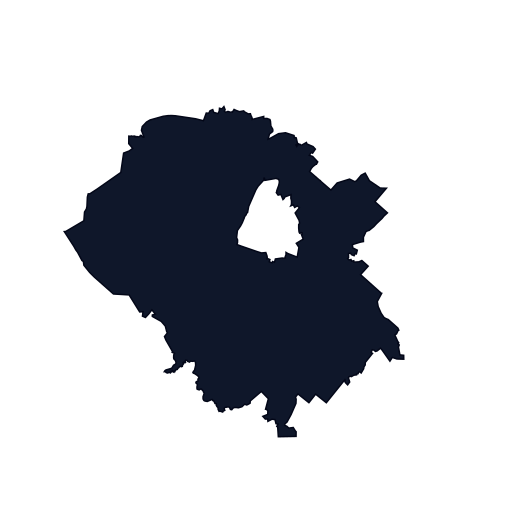 Kandavas pag., Kandavas, Latvia, rotated 321°
{"feature_id": "27541924B18979846350071", "entity_name": "Kandavas pag.", "entity_type": "district", "adm_level": 2, "iso_a3": "LVA", "parent_name": "Latvia", "parent_adm1": "Kandavas", "projection": "mercator", "projection_center": [22.728, 57.032], "detail": "fine", "context": "isolated", "style": "filled", "palette": "ink", "viewbox_px": 512, "rotation_deg": 321, "n_neighbors": 0, "source": "geoboundaries", "source_scale": "gbopen_adm2", "svg_char_len": 6125}
<svg xmlns="http://www.w3.org/2000/svg" viewBox="0 0 512 512"><g transform="rotate(321 256 256)"><path d="M259.3,83.6L255.2,83.0L249.1,83.8L246.1,86.2L243.8,93.1L243.6,93.1L243.1,92.8L243.0,92.1L242.7,91.9L242.8,91.6L242.6,91.1L242.8,90.3L242.6,90.0L242.1,89.5L241.0,90.0L239.6,89.6L239.2,88.8L238.1,88.3L237.9,87.4L237.3,87.5L236.7,86.9L236.9,86.2L235.3,85.2L234.7,84.3L233.6,83.8L232.6,82.8L227.8,88.6L227.9,94.7L223.7,94.6L217.9,92.7L203.5,106.0L174.7,104.0L166.0,103.1L164.7,102.1L162.0,104.1L155.8,111.1L153.8,112.7L150.4,113.9L144.4,120.3L123.6,117.2L122.4,116.4L120.5,134.0L119.8,137.9L119.7,140.7L117.9,150.0L118.4,151.6L116.4,154.9L116.4,164.2L117.1,170.7L121.3,195.8L132.9,206.4L130.4,226.3L133.1,228.2L129.9,231.3L131.4,234.2L136.3,233.5L141.2,232.3L141.2,237.8L138.3,236.6L137.4,237.7L141.2,247.2L141.4,253.4L139.0,258.6L138.8,260.0L134.2,261.0L133.1,264.6L131.0,277.6L130.2,278.1L131.5,280.4L129.8,281.1L127.9,283.3L127.4,284.3L127.6,286.5L126.7,288.7L125.5,289.4L123.2,289.0L120.2,290.1L118.8,289.8L114.4,287.9L113.1,287.8L112.0,288.2L112.8,288.8L112.8,289.9L113.4,291.1L115.6,292.1L115.9,293.0L116.8,292.8L117.2,292.2L117.4,292.3L117.4,292.8L117.7,293.0L118.9,292.3L119.1,293.2L118.8,293.9L119.0,294.5L119.8,293.9L120.0,294.0L119.8,294.5L120.0,294.8L122.1,293.8L122.7,294.4L123.6,294.6L124.4,294.1L125.6,294.2L127.2,293.8L127.9,294.3L128.2,295.0L129.3,295.4L130.3,294.5L132.1,294.1L132.0,293.4L132.1,293.0L133.0,292.9L134.1,294.4L134.4,294.3L134.8,293.1L135.7,292.7L136.6,293.5L136.7,294.0L136.6,294.9L137.6,296.6L139.0,296.5L140.6,298.1L142.2,298.8L142.2,299.8L141.9,300.8L140.3,303.0L136.3,306.1L134.7,306.3L133.6,306.9L133.6,307.6L134.4,309.0L135.4,312.5L135.3,314.0L135.0,315.0L133.4,315.1L132.3,316.7L130.5,316.1L129.6,316.6L129.4,317.2L129.7,318.6L129.5,319.1L127.7,320.6L126.5,322.2L126.5,322.6L127.6,324.3L129.6,324.6L129.9,325.5L129.8,326.4L130.1,327.4L129.6,328.4L129.6,329.2L129.2,330.2L126.3,332.0L124.9,333.8L124.6,335.5L125.0,336.5L126.6,338.4L131.6,339.8L131.8,340.4L131.5,340.9L131.6,341.7L132.1,342.0L131.3,344.8L132.2,345.8L131.2,347.0L130.9,348.5L131.1,350.0L130.1,351.2L129.5,353.5L130.3,353.8L131.7,356.0L132.1,355.8L132.2,356.2L133.0,355.9L134.6,356.3L135.2,354.6L136.0,354.1L136.6,354.2L139.4,355.7L139.8,356.3L140.2,357.0L139.6,358.8L139.7,359.4L140.4,360.2L142.3,359.8L143.4,359.9L145.2,361.2L146.8,362.9L150.2,364.3L153.9,364.0L155.0,365.9L155.9,366.2L158.7,366.7L160.3,365.1L160.8,365.0L174.9,364.6L175.8,374.7L167.0,381.1L167.7,381.9L167.7,383.9L165.4,386.5L160.4,384.9L160.6,388.6L162.5,390.0L161.2,392.0L165.7,392.9L167.8,395.1L166.0,398.9L167.3,400.5L164.9,401.5L165.2,402.6L159.6,410.5L173.6,421.4L176.6,417.8L176.5,416.7L177.0,412.7L173.2,410.4L172.8,407.6L171.8,405.9L172.7,404.6L175.5,404.6L183.5,401.3L191.4,397.2L194.3,395.7L197.1,392.5L197.9,390.5L201.8,389.6L204.8,403.3L215.4,400.9L218.3,414.3L247.4,408.0L247.4,408.5L247.0,408.5L246.1,409.6L245.8,410.5L246.1,413.8L249.5,412.9L251.2,408.7L252.3,408.4L254.1,409.2L254.3,409.8L257.0,410.2L259.3,411.6L259.7,411.0L261.1,411.7L262.5,411.0L263.8,411.2L264.1,413.1L268.7,411.4L270.1,410.1L272.3,409.4L273.9,407.5L285.3,405.0L284.7,403.4L287.4,402.0L288.5,403.5L288.7,405.3L290.4,406.0L294.8,406.0L294.8,408.7L293.9,422.0L298.1,420.6L300.7,424.7L305.9,429.2L308.3,426.1L305.6,423.4L309.4,416.4L311.3,415.3L311.3,414.4L310.9,413.5L311.0,413.3L312.3,413.2L312.4,411.6L314.2,404.7L314.5,404.5L316.1,405.0L319.6,403.3L320.3,403.5L320.9,401.3L318.8,388.6L317.6,386.4L316.8,384.4L317.2,379.3L319.1,372.2L321.6,367.7L330.2,364.1L329.9,363.7L325.5,336.3L336.8,334.5L335.4,326.1L332.3,325.3L328.3,322.4L329.0,321.2L327.1,320.2L327.6,318.5L325.9,317.7L325.5,316.4L325.6,315.6L326.8,315.6L329.5,312.2L331.4,313.4L331.0,314.9L332.4,317.5L334.7,316.5L335.3,317.5L338.4,315.2L336.3,310.6L338.1,307.8L345.8,310.9L348.6,312.4L351.3,309.0L356.9,306.2L359.0,306.8L359.9,307.3L366.0,307.3L370.0,306.7L377.6,306.1L380.5,305.5L385.3,305.2L382.6,288.7L400.0,285.4L395.3,281.4L391.5,268.9L393.0,260.3L388.6,259.4L381.3,260.8L379.5,260.3L377.1,255.1L365.0,250.3L355.7,251.9L353.4,239.1L353.4,237.3L353.2,237.7L350.8,224.1L354.2,222.7L356.4,222.3L360.2,222.3L360.7,222.7L363.2,221.7L362.7,214.3L360.8,211.3L364.2,210.3L364.7,211.7L369.4,210.3L369.2,206.9L366.1,201.0L366.6,199.5L361.3,198.6L360.8,198.1L360.5,197.6L360.6,197.1L360.3,196.7L359.2,196.0L357.9,196.0L356.6,196.5L356.9,194.8L359.5,195.2L359.2,194.4L361.6,189.5L361.3,188.9L360.2,188.2L361.4,186.3L356.5,178.8L350.5,175.1L340.7,173.4L338.9,172.8L343.2,169.7L347.1,169.8L347.8,169.4L348.8,168.0L349.4,164.3L352.1,160.3L352.7,158.7L351.1,156.0L348.5,154.0L349.8,152.4L338.8,147.4L339.2,146.5L339.7,146.6L340.4,144.4L340.4,143.8L341.2,141.9L339.4,140.7L337.6,136.2L337.8,135.5L334.0,133.4L332.3,130.6L331.2,128.3L328.3,129.3L328.3,129.0L326.7,128.3L325.2,126.0L322.8,125.2L322.6,123.6L324.1,122.8L325.1,119.7L322.1,120.2L320.6,118.2L318.8,120.1L316.2,121.5L313.5,117.8L314.5,115.0L311.7,114.2L309.1,115.3L307.3,113.6L300.3,117.8L295.4,111.3L281.7,96.4L278.9,93.8L275.9,91.5L271.8,89.0L259.3,83.6ZM259.6,253.2L251.1,239.6L248.4,235.1L250.2,233.8L251.8,231.9L252.5,229.5L257.6,224.5L263.0,222.9L266.3,221.5L270.9,219.0L270.9,218.7L273.1,217.9L274.2,217.8L275.5,216.9L276.8,216.9L281.6,212.8L297.6,204.5L301.6,203.1L310.3,201.8L311.0,200.5L311.5,200.8L310.5,202.8L320.6,208.4L320.7,208.8L321.0,209.0L321.0,209.4L321.8,210.4L321.5,211.9L321.1,212.6L320.1,213.8L318.1,215.4L313.3,218.3L312.6,219.1L311.9,219.3L311.7,219.5L311.5,222.6L314.1,223.8L312.5,229.1L314.0,229.0L315.7,228.3L321.8,230.3L319.4,233.1L318.5,235.1L317.7,236.2L315.9,238.3L314.6,238.9L317.2,239.7L316.6,242.6L319.7,243.1L320.1,245.8L313.5,247.2L311.9,255.5L310.5,258.0L309.0,258.4L306.7,261.2L304.6,264.4L304.3,265.7L305.9,266.2L306.5,267.1L305.6,268.2L304.9,267.7L303.3,272.6L295.3,271.5L294.8,276.3L287.3,282.8L282.3,274.1L281.6,272.1L280.0,274.0L278.4,274.8L277.6,275.9L275.3,274.6L275.2,274.1L269.2,270.5L266.4,272.5L265.4,270.8L264.4,271.5L263.8,270.8L262.7,268.8L264.6,267.5L263.3,265.2L262.9,265.1L263.8,264.2L264.6,262.9L265.8,259.5L262.2,257.1L259.6,253.2Z" fill="#0f172a" stroke="#020617" stroke-width="1.5"/></g></svg>